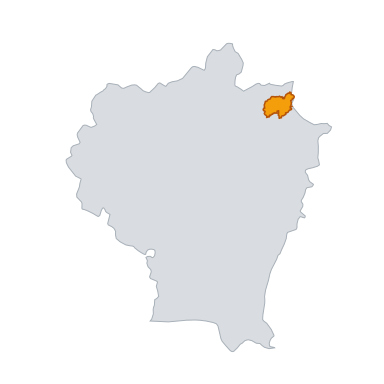 Gomel, Gomel, Belarus (highlighted), rotated 278°
{"feature_id": "67162791B13261784360532", "entity_name": "Gomel", "entity_type": "district", "adm_level": 2, "iso_a3": "BLR", "parent_name": "Belarus", "parent_adm1": "Gomel", "projection": "albers", "projection_center": [30.956, 52.323], "detail": "fine", "context": "in_parent", "style": "filled", "palette": "amber", "viewbox_px": 384, "rotation_deg": 278, "n_neighbors": 0, "source": "geoboundaries", "source_scale": "gbopen_adm2", "svg_char_len": 7659}
<svg xmlns="http://www.w3.org/2000/svg" viewBox="0 0 384 384"><g transform="rotate(278 192 192)"><path d="M315.5,277.0L309.4,276.7L302.0,276.9L297.9,279.8L293.4,278.4L290.2,280.0L282.9,288.0L280.0,292.2L277.3,298.8L275.6,303.7L276.5,307.1L277.8,310.3L278.1,313.7L278.8,316.4L277.0,318.3L275.9,321.1L272.7,320.6L268.9,317.9L268.2,314.0L265.3,311.2L263.4,309.8L260.2,309.5L255.1,310.7L248.4,311.6L243.4,311.8L240.6,313.1L236.6,314.4L235.0,312.7L232.9,308.3L231.2,303.8L230.0,301.9L228.9,301.3L227.5,301.4L225.9,302.7L224.7,304.1L220.5,305.7L218.6,307.2L216.5,311.2L215.1,310.8L213.8,309.9L212.3,305.3L210.2,304.2L206.6,304.0L202.3,302.9L198.9,301.4L197.6,301.6L195.4,303.5L193.1,303.7L188.2,301.7L187.2,302.5L184.1,307.4L182.8,307.5L182.0,306.9L182.7,302.6L179.8,300.9L175.0,300.4L171.5,300.9L169.9,300.6L169.1,299.7L165.3,292.2L163.1,291.7L159.1,291.8L153.3,290.6L146.7,288.6L143.1,287.7L141.3,286.0L137.2,285.2L126.3,281.4L121.8,280.5L115.2,280.0L105.1,278.5L98.6,278.4L95.5,279.1L92.0,279.5L79.9,279.3L75.5,279.7L74.1,281.1L72.4,284.3L66.9,289.6L61.7,293.0L60.8,293.2L58.2,290.9L55.9,290.0L53.1,289.5L51.1,290.0L49.8,290.8L49.5,295.3L49.2,295.6L47.6,290.1L48.3,285.4L49.7,282.8L51.4,280.4L51.2,276.7L53.1,272.0L53.5,268.4L53.0,266.8L52.1,265.0L49.2,262.7L48.0,261.0L44.0,258.6L40.1,255.6L39.5,254.0L39.8,252.9L40.7,251.4L44.4,247.0L48.3,242.7L50.7,241.1L62.9,236.4L64.9,234.5L65.7,231.1L66.2,224.0L66.1,217.5L65.7,213.0L64.3,204.5L60.1,186.7L58.4,168.5L60.6,169.8L65.9,170.7L70.3,169.9L72.6,170.0L74.5,170.5L80.2,170.1L81.5,171.8L83.9,173.5L89.0,171.9L93.6,169.8L98.1,170.4L98.9,169.2L100.5,163.0L102.0,161.8L107.4,162.8L109.5,161.9L111.8,158.9L115.2,157.2L117.8,157.4L120.8,155.5L122.0,157.0L122.5,159.7L121.4,161.7L121.8,162.6L123.6,163.8L126.9,164.0L129.1,163.3L129.7,162.1L129.8,159.9L129.4,157.9L128.2,156.0L125.6,154.9L123.8,154.8L123.6,153.6L124.4,151.3L126.3,147.1L128.6,143.2L129.9,141.8L130.2,140.5L130.1,138.1L130.4,133.8L132.6,127.9L135.3,123.5L138.6,122.3L142.5,121.8L145.1,119.8L146.5,117.4L147.8,113.6L149.1,112.9L158.4,113.9L160.0,110.1L160.9,109.1L162.7,108.1L164.0,106.7L163.6,105.7L161.3,104.8L155.8,103.9L154.7,102.5L155.2,101.0L156.9,97.1L158.6,92.0L159.6,88.1L159.8,85.7L160.7,85.2L165.2,84.7L166.7,84.0L170.9,78.7L173.9,78.0L181.4,79.8L184.9,79.8L189.3,80.4L189.7,79.9L191.5,74.6L199.4,66.3L203.5,63.5L206.1,62.9L206.9,63.1L210.8,67.8L211.7,68.0L214.4,66.2L219.1,66.2L221.2,67.9L224.0,73.5L225.6,74.3L230.2,71.3L232.7,70.3L234.4,70.4L242.7,74.9L243.3,76.3L243.4,77.9L241.9,83.0L243.6,86.2L245.6,88.3L250.1,84.9L251.7,84.0L253.5,83.9L255.9,82.7L257.6,80.8L259.3,80.1L262.4,80.6L268.0,80.2L274.6,83.3L275.2,84.3L278.4,87.9L279.6,89.7L280.7,90.3L282.4,92.0L284.8,93.1L286.4,92.8L287.2,93.4L288.0,94.8L288.0,97.1L287.8,103.8L285.4,107.4L285.1,108.6L285.2,110.1L287.1,113.0L289.5,117.5L290.1,120.1L290.1,122.1L286.7,127.8L285.6,129.2L284.8,132.0L284.4,134.9L284.6,136.1L290.3,140.7L294.5,143.2L295.4,144.4L295.5,145.1L293.3,150.1L293.0,151.4L296.4,153.4L298.3,156.7L300.0,161.9L303.2,166.9L315.2,174.2L316.3,175.5L316.7,177.1L316.3,180.5L314.2,187.1L316.3,188.1L321.6,187.7L328.1,188.4L336.0,192.9L336.0,195.0L335.3,196.9L335.8,198.9L336.7,200.6L343.6,205.6L344.3,207.1L344.5,209.7L344.3,211.5L342.5,211.9L340.4,212.9L337.0,215.2L335.7,218.3L330.3,222.7L326.9,224.8L324.2,224.9L317.6,224.1L315.3,222.0L314.4,220.0L311.9,219.2L308.5,219.1L304.0,219.5L303.0,220.1L302.3,222.5L300.4,226.6L299.0,229.0L304.9,237.1L307.8,240.4L308.8,242.5L308.8,243.9L307.4,245.6L307.6,249.1L310.5,253.6L309.6,254.4L309.3,260.0L309.4,266.0L310.2,267.4L311.8,268.6L313.1,270.7L315.3,275.7L315.5,277.0Z" fill="#d9dde1" stroke="#a8b0b8" stroke-width="1"/><path d="M288.4,251.4L288.1,251.5L287.9,251.6L287.5,251.6L287.2,251.7L286.8,251.8L286.7,251.9L286.4,252.0L286.2,252.0L286.1,251.8L285.9,251.7L285.7,251.8L285.7,252.0L285.5,252.3L285.3,252.4L284.9,252.0L284.7,251.6L284.4,251.3L284.0,251.0L283.3,251.1L282.8,251.4L282.5,251.7L282.4,252.0L282.4,252.5L282.1,253.0L281.8,253.2L281.4,253.1L280.8,252.9L280.5,252.8L279.7,252.7L279.3,253.1L278.9,253.4L278.5,253.9L278.4,254.3L278.1,254.8L277.8,255.1L277.4,255.5L276.9,255.6L276.4,255.5L276.2,255.7L276.4,256.1L276.7,256.4L276.8,256.5L277.1,256.8L277.0,257.1L277.0,257.4L276.9,257.6L277.0,257.9L277.4,258.1L277.8,258.1L278.0,258.0L278.2,257.9L278.5,257.9L278.7,258.0L278.9,258.2L278.8,258.7L278.7,258.9L278.6,259.1L278.7,259.3L279.1,259.4L279.4,259.6L279.6,259.7L279.8,259.8L280.0,260.1L280.1,260.4L280.1,260.7L280.1,260.9L280.2,261.1L280.6,261.2L280.8,261.1L281.1,261.3L281.3,261.5L281.3,261.8L281.5,262.2L281.7,262.4L281.9,262.7L281.9,262.8L281.8,263.0L281.6,263.2L281.7,263.3L281.9,263.6L281.8,264.1L281.8,264.5L282.0,264.7L282.5,265.0L282.9,265.2L283.4,265.2L283.6,265.1L283.8,265.0L284.0,265.4L284.2,265.7L284.4,266.1L284.5,266.4L284.3,266.6L284.1,266.6L283.9,266.4L283.7,266.3L283.4,266.4L283.1,266.5L282.8,266.7L282.6,266.8L282.3,266.9L282.0,266.8L281.9,266.7L281.7,266.5L281.5,266.3L281.3,266.6L280.9,266.8L280.7,266.8L280.1,266.8L280.0,267.3L279.8,267.4L279.1,267.7L278.8,267.7L278.1,267.9L277.5,267.9L277.2,268.1L277.2,268.6L277.6,269.1L277.9,269.4L278.0,269.8L278.0,270.2L278.5,270.2L278.8,270.0L279.0,270.0L279.3,270.1L279.7,270.4L279.9,270.6L280.2,271.4L280.2,272.0L280.7,272.4L280.9,272.7L281.4,273.2L281.6,273.7L281.8,273.9L282.0,274.0L282.5,274.2L282.9,274.1L283.0,274.0L283.1,273.7L283.4,273.7L283.5,274.0L283.7,274.3L283.8,274.7L283.8,275.0L284.0,275.4L284.2,275.8L284.5,276.0L284.8,276.2L285.4,276.5L285.8,276.6L286.2,276.8L286.4,277.0L286.7,277.2L286.9,277.5L286.9,277.8L286.9,278.1L287.2,278.5L287.5,278.8L287.7,279.0L288.1,279.1L288.4,279.0L288.6,278.8L288.9,278.6L288.9,278.4L288.9,278.1L288.8,277.8L288.9,277.5L289.1,277.5L289.6,277.7L289.8,277.7L290.0,277.4L290.3,277.4L290.4,277.7L290.6,278.1L290.7,278.4L290.8,278.1L291.1,277.9L291.4,277.9L291.6,277.9L292.2,278.0L292.7,278.0L293.6,278.0L294.1,278.0L294.5,277.8L295.2,277.6L295.6,277.4L295.9,277.2L296.2,277.0L296.4,277.0L296.7,277.5L296.8,277.8L297.0,278.1L297.4,278.3L297.8,278.5L298.3,278.4L298.6,278.4L298.6,278.6L298.6,278.9L298.8,279.2L299.0,279.6L299.6,279.9L300.0,279.9L300.4,279.9L300.9,279.9L301.2,279.5L301.7,279.2L301.9,278.9L302.2,278.1L302.2,277.4L302.2,277.0L302.3,276.6L302.6,276.5L302.9,276.5L303.4,276.4L303.8,276.2L304.2,276.1L304.4,275.9L304.4,275.6L304.4,275.2L304.2,275.0L304.3,274.8L303.9,274.7L303.5,274.7L303.3,274.7L303.1,274.5L303.2,274.2L303.4,274.1L303.4,273.8L303.3,273.6L303.1,273.2L302.8,272.9L302.3,272.5L301.9,271.9L301.5,271.6L301.1,271.3L300.6,271.3L299.8,271.0L299.1,270.7L298.5,270.6L297.9,270.6L297.5,270.4L297.3,270.3L297.2,270.1L297.2,269.8L297.2,269.4L297.1,269.1L297.3,268.8L297.5,268.9L297.8,269.1L297.9,269.3L298.2,269.3L298.3,269.0L298.6,268.8L298.6,268.7L298.3,268.4L298.3,268.2L298.4,267.9L298.5,267.7L298.8,267.6L298.7,267.4L298.3,267.0L298.4,266.9L298.5,266.6L298.5,266.4L298.7,266.0L298.9,265.8L299.0,265.4L299.0,265.2L298.8,265.0L298.7,264.9L298.5,264.7L298.4,264.4L298.4,264.1L298.4,263.8L298.3,263.5L298.3,263.2L298.2,262.9L298.2,262.5L298.2,262.3L298.1,262.0L297.9,262.0L297.7,261.8L297.7,261.5L297.7,261.2L297.9,260.8L297.7,260.5L297.6,260.1L297.7,259.8L297.8,259.6L297.8,259.1L297.7,258.7L297.6,258.4L297.6,258.2L297.7,257.9L297.4,257.6L297.2,257.4L297.0,257.2L296.7,257.1L296.2,256.8L295.8,256.7L295.3,256.6L295.0,256.4L294.8,256.1L294.6,255.5L294.5,255.2L294.2,254.8L294.0,254.4L293.7,254.2L293.4,254.0L293.0,253.8L292.7,253.7L292.4,253.6L292.2,253.4L292.1,253.1L292.1,252.7L292.1,252.3L291.9,252.0L291.6,252.0L291.3,252.0L290.8,251.9L290.3,251.9L289.9,251.8L289.4,251.7L289.0,251.6L288.8,251.6L288.4,251.4L288.4,251.4Z" fill="#f59e0b" stroke="#b45309" stroke-width="1.5"/></g></svg>